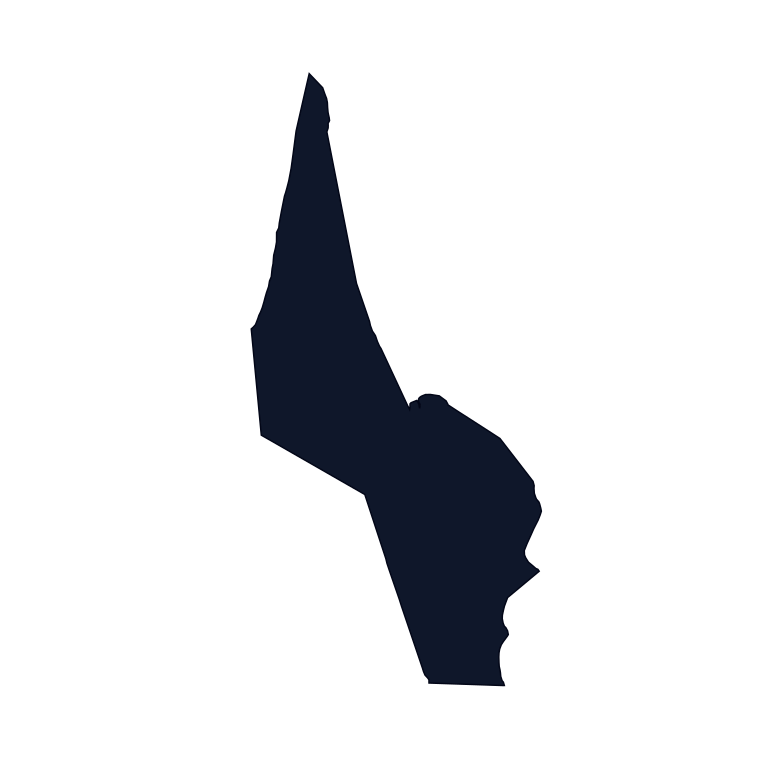 outline of Sitio de Xitlapehua, Oaxaca, Mexico, rotated 349°
{"feature_id": "50627088B78797893592894", "entity_name": "Sitio de Xitlapehua", "entity_type": "district", "adm_level": 2, "iso_a3": "MEX", "parent_name": "Mexico", "parent_adm1": "Oaxaca", "projection": "robinson", "projection_center": [-96.535, 16.367], "detail": "fine", "context": "isolated", "style": "filled", "palette": "ink", "viewbox_px": 768, "rotation_deg": 349, "n_neighbors": 0, "source": "geoboundaries", "source_scale": "gbopen_adm2", "svg_char_len": 2035}
<svg xmlns="http://www.w3.org/2000/svg" viewBox="0 0 768 768"><g transform="rotate(349 384 384)"><path d="M487.4,459.6L483.9,456.2L461.4,434.6L452.8,426.4L442.9,416.8L442.8,416.0L441.7,412.4L439.0,409.5L436.0,406.2L427.4,403.1L422.7,402.3L419.4,402.9L418.2,403.2L416.2,404.1L415.2,405.2L414.5,406.8L414.4,406.9L415.6,411.2L414.3,414.9L414.2,411.1L414.2,409.8L413.6,408.2L413.0,407.1L413.0,406.5L412.9,406.4L407.7,407.4L406.7,407.7L405.8,408.4L405.7,408.6L405.7,408.9L404.8,412.8L404.3,414.0L403.1,409.9L387.8,348.5L386.8,346.1L385.6,340.9L384.8,334.9L382.7,329.8L381.8,324.1L381.7,319.7L376.2,280.1L376.0,125.6L377.3,123.3L378.0,122.0L378.6,119.4L378.8,117.6L380.8,115.0L381.0,111.9L380.9,109.4L380.9,106.6L381.4,101.8L382.1,97.0L382.1,92.7L381.5,89.5L381.2,87.7L380.3,81.4L379.8,80.7L369.8,65.1L360.6,85.8L346.0,118.9L338.5,141.4L334.0,154.6L329.3,166.4L326.3,172.7L323.9,177.5L322.2,180.5L316.4,194.6L311.9,206.1L310.5,210.7L307.5,214.7L305.6,224.1L303.4,229.9L300.3,236.6L298.0,244.9L296.2,249.4L293.8,257.3L291.3,261.0L289.3,266.4L286.1,271.9L284.0,276.0L281.7,280.8L279.1,285.8L276.7,289.6L274.3,292.8L272.8,295.5L270.3,299.5L269.1,301.3L266.6,303.2L264.2,304.6L253.8,410.8L344.1,488.8L352.5,555.9L352.7,560.6L353.6,567.4L357.9,597.9L358.8,605.6L367.6,670.6L367.6,670.8L367.9,673.6L368.7,677.5L370.8,680.9L371.7,682.9L371.1,686.1L413.0,695.7L443.8,702.8L444.6,702.9L444.3,699.5L443.3,697.7L442.8,693.4L443.2,689.6L443.3,686.7L443.2,683.1L443.7,679.4L444.6,673.9L445.6,669.8L447.0,666.2L449.4,662.3L452.1,659.5L457.0,655.0L458.2,653.7L458.2,649.9L457.1,646.4L455.9,644.7L455.3,641.4L455.3,636.9L456.1,633.5L458.0,629.0L459.9,624.9L463.0,619.8L464.6,617.2L500.6,597.4L499.7,595.3L497.8,594.0L495.8,591.4L494.1,589.3L491.8,586.5L489.9,581.6L489.3,578.6L489.9,574.3L494.0,567.9L499.0,560.9L503.4,554.6L509.4,546.9L512.4,542.2L514.2,538.9L514.2,535.8L513.9,531.4L513.6,529.7L513.4,529.1L511.7,526.2L511.3,524.5L510.7,520.0L511.3,515.1L512.0,512.4L511.7,508.0L487.4,459.6Z" fill="#0f172a" stroke="#020617" stroke-width="1.5"/></g></svg>